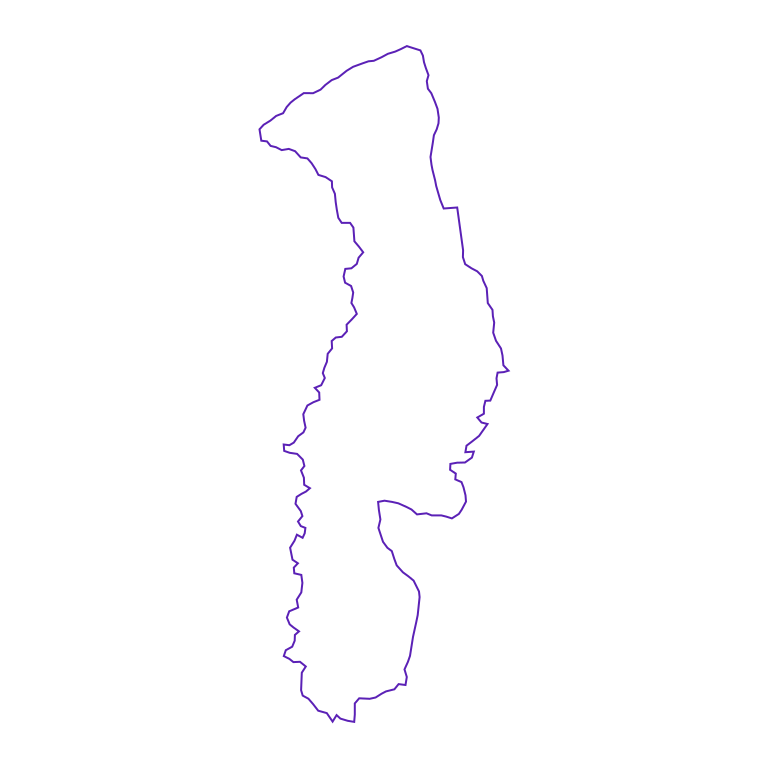 Professor Jamil, Goiás, Brazil
{"feature_id": "56859067B81841730871776", "entity_name": "Professor Jamil", "entity_type": "district", "adm_level": 2, "iso_a3": "BRA", "parent_name": "Brazil", "parent_adm1": "Goiás", "projection": "orthographic", "projection_center": [-49.253, -17.277], "detail": "fine", "context": "isolated", "style": "outline", "palette": "violet", "viewbox_px": 768, "rotation_deg": 0, "n_neighbors": 0, "source": "geoboundaries", "source_scale": "gbopen_adm2", "svg_char_len": 3234}
<svg xmlns="http://www.w3.org/2000/svg" viewBox="0 0 768 768"><path d="M290.1,547.7L292.5,559.7L297.9,563.3L293.8,567.6L294.3,573.3L301.3,574.9L302.4,582.9L301.3,592.4L296.7,599.7L298.2,607.5L289.2,611.3L286.9,617.6L289.7,624.4L293.4,627.4L299.0,631.4L294.9,634.9L294.7,640.7L292.2,646.7L285.8,650.2L283.8,656.1L289.4,658.9L293.4,662.1L300.0,661.8L305.8,666.5L301.8,672.7L301.1,690.2L302.7,695.6L308.4,698.7L313.0,704.0L318.2,710.7L326.8,713.1L332.6,721.6L336.6,715.1L340.4,718.6L347.7,720.8L354.2,721.9L354.8,714.5L354.8,703.4L359.2,698.3L369.7,698.8L375.6,697.5L381.6,693.7L386.0,691.4L394.4,689.3L398.6,684.1L405.5,685.0L406.8,677.0L404.5,669.4L407.9,661.9L410.0,655.9L413.0,636.9L416.3,621.9L417.7,615.1L419.6,597.1L419.0,591.5L413.6,580.6L408.1,576.1L402.9,572.3L396.7,565.4L394.3,558.9L391.8,551.1L387.4,547.8L383.0,541.8L378.4,527.9L380.4,519.5L378.9,510.0L378.1,501.9L384.5,500.7L392.0,501.9L398.3,503.3L406.6,507.0L411.5,509.5L417.0,514.4L426.5,513.3L431.7,515.4L441.3,515.4L446.2,516.6L451.9,518.4L458.9,513.9L461.7,509.7L466.0,501.6L465.5,495.3L463.5,487.3L461.5,482.1L455.3,479.4L455.8,473.6L450.1,469.8L450.4,463.9L457.1,462.7L465.0,462.5L471.9,457.6L473.8,451.6L465.4,452.2L466.5,445.7L471.9,441.6L479.1,435.9L487.5,424.0L481.5,422.5L477.3,417.5L483.9,413.7L483.9,406.9L485.4,400.8L490.3,400.6L494.0,392.0L497.1,384.9L496.5,378.3L497.6,372.6L503.8,372.1L508.5,370.7L503.4,365.3L502.5,355.5L501.0,348.5L496.0,340.8L493.2,332.7L494.2,322.6L492.9,316.2L492.5,309.9L487.8,303.1L486.7,288.1L483.3,280.8L481.9,276.0L477.2,271.3L471.5,268.3L465.2,264.2L462.9,257.1L463.1,250.3L457.2,207.5L443.7,208.5L440.3,200.1L438.4,193.6L436.2,186.0L435.1,180.3L432.5,170.0L431.5,164.8L430.5,157.0L432.8,142.8L433.9,135.2L436.7,129.3L438.5,123.3L438.8,117.6L437.5,108.8L434.9,101.8L431.3,93.2L427.9,88.7L426.8,81.1L428.5,75.2L425.8,67.9L424.0,62.2L422.9,55.6L420.4,50.4L406.8,46.1L400.8,49.1L395.2,51.6L387.9,53.8L381.6,57.2L373.8,60.8L368.5,61.3L363.0,63.2L353.1,66.8L346.6,70.8L338.1,77.6L331.7,80.1L325.4,84.9L320.6,89.6L313.1,93.2L303.8,93.1L294.7,99.3L290.6,102.6L286.7,107.0L283.1,113.2L276.2,115.9L270.4,120.6L263.6,124.8L259.5,129.3L261.3,140.7L267.0,141.4L270.6,145.9L276.0,147.2L281.7,150.1L288.8,148.9L295.1,151.2L300.7,157.4L307.4,158.4L311.6,163.2L315.5,169.2L318.4,174.9L325.6,177.1L331.9,181.3L332.1,187.4L334.9,193.8L335.7,202.1L336.8,209.6L338.3,217.8L341.7,222.9L350.1,222.9L353.4,227.6L353.9,234.4L354.4,241.3L358.9,246.6L363.2,252.3L358.6,257.7L356.8,263.9L351.4,268.3L345.3,268.9L343.6,276.5L345.1,282.7L351.1,286.0L353.2,292.5L352.4,297.9L351.4,303.0L354.1,307.4L356.8,313.9L351.9,319.3L346.6,324.7L346.9,331.3L341.8,336.8L335.8,337.5L331.7,341.0L332.1,348.4L327.7,353.8L326.9,361.8L324.4,367.7L322.8,373.1L324.8,378.0L321.2,385.2L314.8,387.8L319.2,392.5L319.5,399.8L313.4,402.2L307.4,405.5L303.3,414.2L304.1,420.7L305.6,427.7L303.4,432.4L298.2,436.2L293.8,442.6L289.4,445.2L283.7,444.5L284.2,450.9L289.7,452.8L297.1,453.9L302.8,459.6L304.4,466.0L301.0,470.4L303.9,477.7L304.2,484.8L309.9,488.2L305.9,491.6L301.6,493.8L296.7,496.9L295.5,503.8L300.8,511.1L302.4,516.1L298.0,521.5L300.8,526.1L305.4,527.9L304.7,533.3L302.6,537.8L296.9,534.7L294.5,540.7L290.1,547.7Z" fill="none" stroke="#5b21b6" stroke-width="2"/></svg>